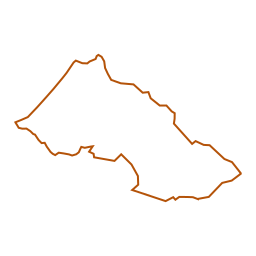 outline of Argaka, Paphos, Cyprus
{"feature_id": "46923920B98204457284420", "entity_name": "Argaka", "entity_type": "district", "adm_level": 2, "iso_a3": "CYP", "parent_name": "Cyprus", "parent_adm1": "Paphos", "projection": "mercator", "projection_center": [32.504, 35.066], "detail": "fine", "context": "isolated", "style": "outline", "palette": "amber", "viewbox_px": 256, "rotation_deg": 0, "n_neighbors": 0, "source": "geoboundaries", "source_scale": "gbopen_adm2", "svg_char_len": 1139}
<svg xmlns="http://www.w3.org/2000/svg" viewBox="0 0 256 256"><path d="M240.5,172.9L232.0,162.1L224.4,159.0L209.6,145.2L203.7,144.9L195.6,141.1L192.1,143.9L173.9,123.6L174.6,118.8L174.7,113.2L171.7,111.4L166.4,105.5L159.7,105.5L150.7,98.3L148.4,92.1L142.7,92.7L133.5,84.4L120.8,83.3L111.2,79.9L107.8,73.8L105.1,68.0L104.2,61.3L101.6,56.8L98.4,54.9L96.7,56.1L95.6,59.0L89.6,61.5L87.3,63.4L82.3,63.2L75.8,60.6L73.6,62.5L66.5,73.0L62.3,78.3L53.5,88.9L46.1,97.3L37.4,107.0L27.8,117.1L21.1,120.0L15.4,122.3L15.7,122.9L17.3,125.4L18.7,127.8L22.3,128.7L26.5,128.6L30.4,131.2L33.2,134.0L35.0,134.6L38.5,139.9L41.6,143.1L44.7,142.8L46.8,146.7L48.9,149.6L50.5,151.9L52.7,153.8L55.2,155.1L58.7,152.7L63.5,153.4L69.0,154.4L72.1,155.5L76.2,154.3L78.8,152.3L80.2,149.1L81.3,146.9L84.8,147.8L90.6,146.6L92.7,146.3L89.1,151.7L93.6,153.8L94.1,157.3L114.5,160.9L121.2,154.3L131.5,164.5L137.9,176.0L138.2,184.7L132.2,190.0L132.8,190.2L165.6,201.1L173.2,197.2L175.4,199.7L179.3,196.9L187.6,197.0L192.9,197.2L197.9,199.1L197.9,198.9L208.8,196.9L222.2,182.9L231.7,180.6L240.6,173.9L240.3,173.0L240.5,172.9Z" fill="none" stroke="#b45309" stroke-width="2"/></svg>